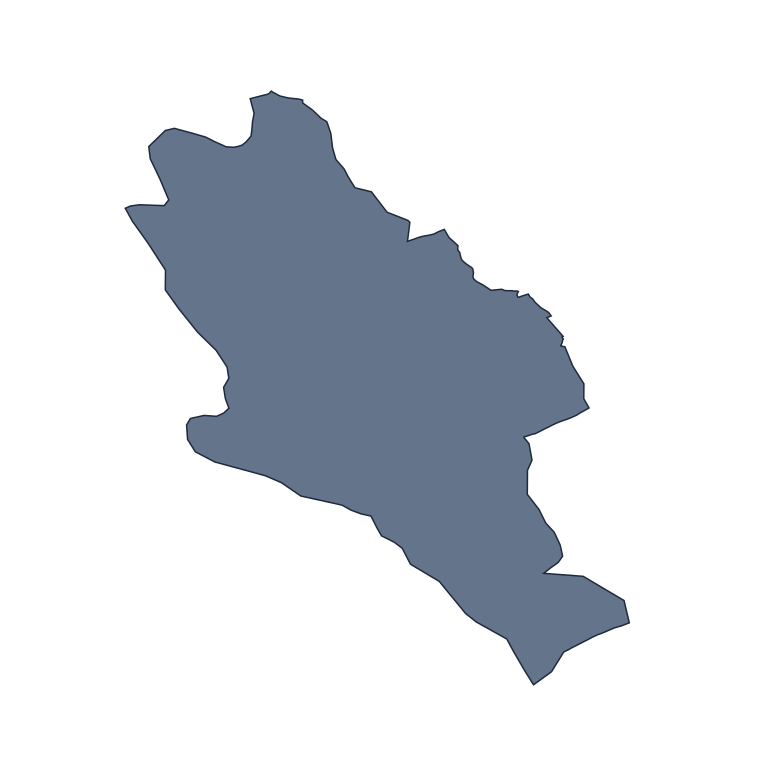 the district of Ikwo, Ebonyi, Nigeria, rotated 102°
{"feature_id": "59680162B29308605862653", "entity_name": "Ikwo", "entity_type": "district", "adm_level": 2, "iso_a3": "NGA", "parent_name": "Nigeria", "parent_adm1": "Ebonyi", "projection": "equal_earth", "projection_center": [8.17, 6.1], "detail": "fine", "context": "isolated", "style": "filled", "palette": "slate", "viewbox_px": 768, "rotation_deg": 102, "n_neighbors": 0, "source": "geoboundaries", "source_scale": "gbopen_adm2", "svg_char_len": 2966}
<svg xmlns="http://www.w3.org/2000/svg" viewBox="0 0 768 768"><g transform="rotate(102 384 384)"><path d="M282.7,234.6L280.0,237.6L279.0,239.8L276.8,246.3L273.8,251.3L272.8,253.1L270.0,256.1L268.7,259.0L266.0,261.6L269.4,267.5L270.9,269.9L271.3,271.1L269.5,272.3L268.0,272.4L265.7,271.8L265.3,273.4L266.0,275.4L266.1,278.0L267.3,284.0L267.4,285.8L266.8,288.4L270.1,298.8L266.7,307.3L264.5,314.8L262.6,318.0L261.1,319.1L259.5,319.4L256.4,319.6L253.5,320.9L252.6,321.4L251.9,322.5L250.1,327.1L248.5,330.4L246.7,333.4L245.0,334.8L243.8,335.3L241.4,336.5L239.7,337.2L237.6,339.7L235.9,340.1L233.3,340.4L228.9,347.9L227.2,350.9L220.2,357.2L223.6,362.2L226.8,366.2L229.0,370.7L231.4,376.7L233.3,380.4L236.0,384.7L239.6,390.7L220.5,392.3L219.0,394.7L215.4,416.4L215.0,417.1L198.6,436.3L198.6,436.8L198.1,453.2L188.8,462.1L187.8,462.9L182.0,467.7L174.4,477.7L163.7,483.4L157.0,485.7L150.2,488.0L145.1,491.0L139.4,494.4L137.2,500.7L130.8,511.1L126.0,522.0L123.2,522.6L123.0,527.2L123.8,533.9L124.1,537.3L124.0,543.0L123.9,545.7L123.0,549.0L122.4,550.7L122.0,552.6L120.9,555.0L122.2,556.0L123.4,556.5L124.7,557.9L127.0,562.7L132.7,574.2L143.0,569.0L146.4,567.3L154.3,567.2L156.7,566.9L163.0,566.1L169.1,565.6L175.9,569.2L180.0,572.7L182.1,576.5L183.7,580.3L184.8,587.7L182.1,600.3L179.6,609.5L178.7,621.3L177.5,642.2L180.5,648.5L181.5,650.6L200.6,663.4L200.9,663.4L212.2,659.5L230.5,645.5L247.7,633.5L248.7,632.8L255.2,636.1L256.7,644.3L258.1,652.5L259.6,660.8L262.6,669.0L265.9,673.6L277.2,663.9L291.9,647.8L295.9,643.5L318.1,621.4L337.4,617.5L337.5,617.4L344.4,609.8L344.8,609.4L353.3,600.1L372.0,577.2L378.7,566.7L386.0,555.2L400.1,541.0L410.6,537.0L414.8,538.3L420.6,540.2L431.1,536.2L439.9,530.7L445.7,534.7L450.4,541.0L452.2,553.6L458.0,566.2L465.1,568.6L479.1,564.6L489.6,554.4L493.8,539.2L495.5,533.1L496.7,511.0L498.4,481.1L501.9,463.7L510.9,442.0L511.0,424.7L511.0,423.8L511.1,410.4L511.2,400.1L514.3,389.8L515.8,379.6L515.9,369.3L520.9,365.2L525.8,361.3L533.1,354.8L534.8,348.0L536.7,341.0L540.9,332.0L554.8,320.6L565.6,288.9L572.6,280.2L586.2,263.1L591.6,256.4L596.0,247.4L597.6,244.3L607.9,210.9L619.3,201.2L626.1,195.0L629.4,192.0L636.2,185.8L647.1,175.2L630.6,160.3L608.8,152.5L605.8,148.6L603.0,145.5L599.8,141.5L594.9,135.5L591.9,131.7L588.7,128.0L584.8,122.9L583.3,120.3L579.6,114.9L574.8,108.2L571.1,101.3L566.6,94.4L545.9,104.2L530.7,149.2L536.0,188.4L529.3,182.9L522.4,176.5L515.3,173.5L511.2,175.3L504.9,178.2L501.4,180.8L493.7,186.6L487.2,195.7L486.6,196.7L474.5,206.3L462.1,220.9L455.6,222.2L438.7,225.7L427.7,223.4L412.3,229.7L406.9,236.4L406.9,236.5L405.1,233.1L402.3,228.5L401.3,226.0L399.1,223.1L394.4,217.4L392.0,214.2L389.2,210.9L386.0,206.6L383.0,202.0L380.0,196.9L377.6,193.4L374.6,189.3L371.2,185.8L367.4,181.4L364.8,178.5L356.9,185.5L342.3,188.5L327.3,203.0L310.0,214.8L310.0,219.0L306.3,218.3L304.3,218.4L302.8,217.9L301.9,219.0L300.8,219.6L300.2,218.7L285.3,238.5L282.7,234.6Z" fill="#64748b" stroke="#1e293b" stroke-width="1.5"/></g></svg>